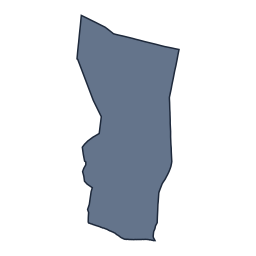 Malem Hodar, Kaffrine, Senegal (Equal Earth projection)
{"feature_id": "50182788B13883389428586", "entity_name": "Malem Hodar", "entity_type": "district", "adm_level": 2, "iso_a3": "SEN", "parent_name": "Senegal", "parent_adm1": "Kaffrine", "projection": "equal_earth", "projection_center": [-15.234, 14.358], "detail": "fine", "context": "isolated", "style": "filled", "palette": "slate", "viewbox_px": 256, "rotation_deg": 0, "n_neighbors": 0, "source": "geoboundaries", "source_scale": "gbopen_adm2", "svg_char_len": 2863}
<svg xmlns="http://www.w3.org/2000/svg" viewBox="0 0 256 256"><path d="M77.0,58.9L77.7,59.3L93.3,100.4L101.3,116.7L99.2,133.5L92.9,137.2L87.9,140.9L84.6,144.2L82.3,147.2L83.3,154.4L84.6,161.1L85.8,162.0L85.8,164.8L83.8,168.3L82.6,171.6L83.8,176.2L84.5,181.2L87.0,184.0L92.3,187.7L91.1,191.8L89.3,204.4L87.6,209.5L88.6,212.5L88.3,217.3L88.2,222.0L88.5,222.7L88.6,223.0L89.2,223.1L90.0,223.4L90.6,223.7L91.1,223.8L92.0,224.1L92.5,224.2L93.1,224.6L94.0,224.8L94.8,225.1L95.6,225.4L96.0,225.5L97.2,225.9L98.3,226.2L99.3,226.6L100.1,226.8L100.9,227.3L101.6,227.4L102.5,227.9L103.2,228.0L103.6,228.0L104.6,228.4L105.5,228.8L106.8,229.2L107.4,229.5L108.1,229.9L108.7,230.3L109.3,230.5L109.9,230.9L110.4,231.0L110.5,231.0L110.9,231.2L112.2,231.8L113.0,232.1L113.9,232.6L114.8,233.0L115.4,233.4L116.1,234.1L116.9,234.7L117.9,235.2L118.7,235.8L119.6,236.4L120.1,236.9L121.0,237.5L121.6,237.9L122.5,238.2L122.7,238.3L122.9,238.5L123.2,238.5L123.4,238.7L123.6,238.8L124.0,239.0L124.4,239.2L124.8,239.1L125.1,239.1L125.4,239.2L126.0,239.4L126.3,239.3L126.5,239.4L126.9,239.2L127.3,239.3L128.2,239.3L128.4,239.4L128.8,239.5L129.1,239.5L129.6,239.5L130.5,239.5L130.8,239.5L131.3,239.6L131.6,239.5L132.2,239.5L132.6,239.6L133.1,239.6L133.6,239.6L133.9,239.7L134.2,239.6L134.6,239.5L135.0,239.5L135.6,239.5L136.1,239.5L136.5,239.6L136.9,239.5L137.2,239.5L138.0,239.5L138.5,239.5L139.9,239.5L140.2,239.5L141.1,239.5L141.4,239.5L141.7,239.5L142.0,239.4L142.6,239.4L143.2,239.4L143.6,239.5L144.4,239.4L144.8,239.4L145.3,239.3L145.6,239.4L146.2,239.4L146.6,239.4L147.1,239.4L147.5,239.5L148.1,239.5L149.1,239.7L149.6,239.9L150.2,239.7L151.0,240.0L151.9,240.2L152.2,240.2L152.7,240.3L153.3,240.6L153.6,240.6L154.2,240.6L154.7,240.6L155.0,240.6L154.8,240.2L154.2,239.0L153.7,238.3L153.2,236.7L153.2,236.1L153.5,232.9L153.7,231.5L154.9,228.8L155.5,225.9L157.2,222.7L157.4,216.7L157.7,210.6L157.9,204.6L158.2,201.8L158.5,197.5L158.8,192.9L159.4,191.0L161.1,186.5L161.3,186.0L162.1,183.9L162.9,182.5L165.2,179.1L166.2,177.1L167.6,174.5L167.9,173.9L168.0,173.6L168.1,173.4L168.3,173.1L169.2,171.1L170.3,168.2L170.9,166.4L171.5,163.5L171.8,161.5L171.7,159.9L171.3,152.1L171.2,148.1L170.9,144.3L170.6,136.9L170.6,131.4L170.2,123.4L170.2,120.3L170.1,117.3L170.0,114.2L170.0,112.9L169.8,109.6L169.7,106.0L169.6,102.4L169.4,98.8L169.4,97.3L171.2,88.9L171.5,87.2L171.6,86.5L172.2,83.4L173.2,78.7L174.6,71.3L175.9,65.6L177.1,59.5L177.9,55.1L178.9,50.2L178.9,49.9L179.0,49.5L175.5,48.8L171.9,48.0L168.4,47.3L166.9,47.0L164.8,46.6L160.8,45.6L156.7,44.5L152.6,43.5L147.6,42.3L144.7,41.6L141.7,40.8L138.7,40.0L135.8,39.3L133.0,38.5L130.2,37.8L126.5,36.9L122.8,36.0L119.1,35.2L115.4,34.3L113.4,33.7L109.3,30.4L105.1,27.2L100.5,24.9L95.8,22.5L91.1,20.2L86.5,17.9L81.3,15.4L81.1,17.6L80.3,26.0L79.4,34.4L78.6,42.8L78.4,44.4L77.7,51.2L77.0,58.9Z" fill="#64748b" stroke="#1e293b" stroke-width="1.5"/></svg>